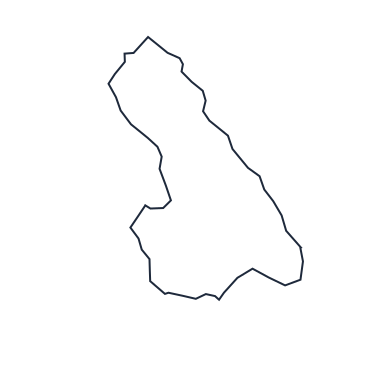 the district of Lund, Skåne, Sweden, rotated 39°
{"feature_id": "70781695B29606605667306", "entity_name": "Lund", "entity_type": "district", "adm_level": 2, "iso_a3": "SWE", "parent_name": "Sweden", "parent_adm1": "Skåne", "projection": "equal_earth", "projection_center": [13.388, 55.685], "detail": "fine", "context": "isolated", "style": "outline", "palette": "slate", "viewbox_px": 384, "rotation_deg": 39, "n_neighbors": 0, "source": "geoboundaries", "source_scale": "gbopen_adm2", "svg_char_len": 881}
<svg xmlns="http://www.w3.org/2000/svg" viewBox="0 0 384 384"><g transform="rotate(39 192 192)"><path d="M52.5,126.9L57.9,133.1L57.8,148.8L58.5,155.7L59.0,160.4L73.3,166.2L85.3,173.6L102.0,177.8L123.5,177.8L136.7,178.6L146.2,183.6L152.2,194.4L167.7,203.5L180.9,211.8L179.7,222.6L170.1,231.0L164.1,231.8L164.2,232.2L165.3,244.3L166.5,258.4L179.7,261.8L189.2,268.4L201.2,270.9L208.4,279.3L215.6,287.6L235.1,288.2L237.1,285.1L250.3,278.4L262.2,272.6L267.0,262.6L275.4,258.4L280.8,258.7L280.2,250.1L281.3,230.1L287.3,213.5L305.2,210.2L323.1,206.0L331.5,191.9L321.9,176.1L311.1,167.0L311.4,166.6L289.6,162.9L276.4,153.8L260.9,148.0L246.6,144.6L234.6,137.2L220.3,138.0L196.4,133.1L184.5,125.6L160.6,125.6L149.8,122.3L145.1,112.4L136.7,106.6L122.4,106.6L108.1,105.0L104.5,98.4L98.2,95.8L85.4,99.2L60.3,99.2L59.1,120.7L52.5,126.9Z" fill="none" stroke="#1e293b" stroke-width="2"/></g></svg>